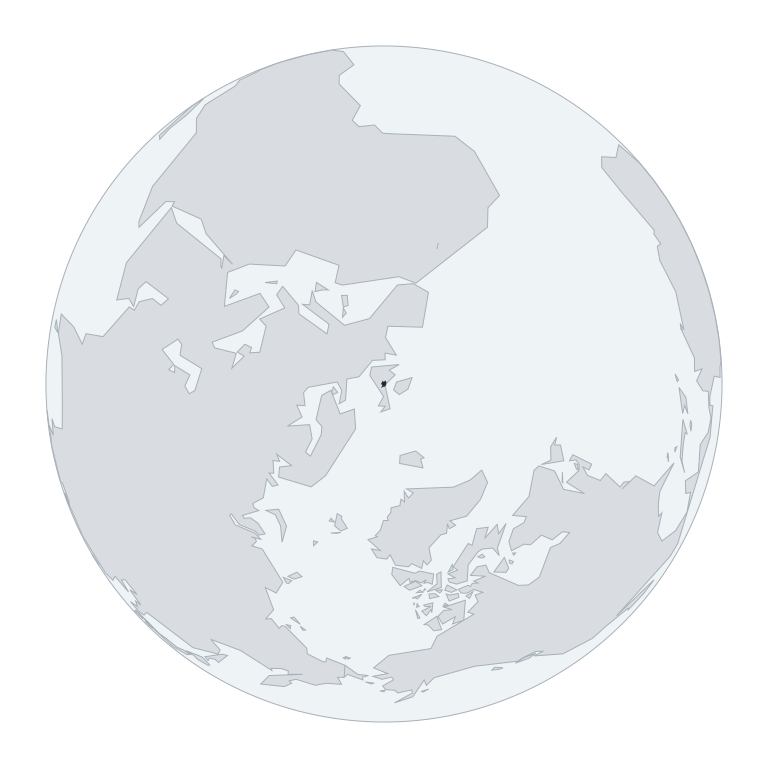 Lancashire highlighted on a globe, orthographic projection, rotated 189°
{"feature_id": "GBR-2123", "entity_name": "Lancashire", "entity_type": "Administrative County", "adm_level": 1, "iso_a3": "GBR", "parent_name": "United Kingdom", "parent_adm1": "", "projection": "orthographic", "projection_center": [-2.621, 53.865], "detail": "fine", "context": "on_globe", "style": "filled", "palette": "slate", "viewbox_px": 768, "rotation_deg": 189, "n_neighbors": 0, "source": "natural_earth", "source_scale": "10m", "svg_char_len": 11399}
<svg xmlns="http://www.w3.org/2000/svg" viewBox="0 0 768 768"><g transform="rotate(189 384 384)"><circle cx="384" cy="384" r="338" fill="#eef3f6" stroke="#a8b0b8"/><path d="M60.1,480.4L54.6,458.8L54.9,453.9L53.1,443.0L59.1,443.4L60.2,422.5L58.8,414.0L55.8,414.0L53.6,382.2L56.5,361.9L68.9,272.5L74.3,258.9L80.9,248.5L118.0,191.5L86.6,233.0L94.8,217.6L107.5,199.1L107.9,200.7L126.6,179.8L138.4,165.4L165.0,145.5L193.1,138.9L184.7,145.2L192.4,143.5L203.4,135.7L208.8,131.1L250.3,119.4L288.5,101.8L295.0,92.9L298.0,98.0L306.6,79.6L323.8,70.7L307.7,83.1L308.7,86.3L322.0,81.0L325.9,83.3L334.6,82.3L338.0,85.6L328.4,93.3L330.4,95.8L339.8,92.0L349.1,93.6L335.1,98.6L349.9,102.0L336.6,116.8L296.3,130.0L292.1,143.2L259.2,170.7L265.5,171.8L257.0,183.8L261.1,189.7L253.8,193.7L263.3,195.1L269.2,190.4L275.3,189.6L278.3,192.9L269.5,198.3L266.8,197.5L265.7,200.8L260.1,202.2L264.5,203.4L253.6,210.0L268.7,208.5L263.5,218.0L255.1,221.1L250.5,214.1L219.7,206.1L209.8,208.2L200.4,217.6L194.0,248.5L185.3,254.0L177.5,266.3L184.7,266.0L193.4,256.4L204.9,259.4L214.2,248.0L220.3,247.8L232.0,239.3L236.0,248.0L233.5,261.3L224.0,269.0L222.6,275.3L236.4,274.3L223.2,295.6L222.3,322.2L218.3,327.3L201.9,324.8L190.1,308.0L168.9,307.2L188.4,315.5L177.9,329.1L178.6,334.9L182.6,339.1L188.8,337.1L186.4,343.7L166.3,337.3L168.1,331.2L174.5,333.1L168.8,325.6L155.2,322.5L150.9,330.2L134.8,319.2L131.5,324.8L126.2,325.9L132.4,317.5L120.9,332.7L101.3,325.6L85.2,351.5L94.7,321.2L94.3,308.7L92.2,296.3L89.4,300.3L90.6,280.2L85.0,272.3L73.0,284.8L64.7,304.9L64.3,325.0L68.8,323.0L71.2,335.5L59.7,346.3L62.2,373.7L56.3,386.7L55.7,401.6L59.4,411.5L62.5,427.5L68.1,427.2L75.7,436.0L72.3,448.8L79.2,444.9L81.5,458.4L98.6,484.0L96.4,484.9L110.3,520.8L130.8,549.0L135.6,562.8L132.6,565.6L140.9,574.4L141.1,578.0L179.2,610.6L202.7,631.8L204.6,642.5L190.3,644.0L189.6,657.0L167.1,642.8L168.5,644.3L149.9,627.7L132.6,609.8L116.6,590.6L102.1,570.4L89.2,549.1L77.8,526.9L68.1,504.0L60.1,480.4ZM80.0,358.0L83.3,395.9L76.8,382.2L78.9,383.0L79.0,371.6L77.7,354.6L73.2,343.4L80.0,358.0ZM91.8,357.2L90.9,351.6L92.4,356.1L91.8,357.2ZM210.5,128.8L203.2,135.4L191.9,141.9L197.5,136.1L210.5,128.8ZM232.7,118.3L230.4,121.6L222.0,122.3L225.9,120.1L232.7,118.3ZM298.8,86.3L292.1,89.7L297.3,85.8L298.8,86.3ZM335.2,81.5L335.9,80.0L340.1,80.2L335.2,81.5ZM229.1,235.2L230.5,237.2L227.5,237.7L229.1,235.2ZM232.8,229.8L228.4,228.9L229.5,226.3L232.2,226.8L232.8,229.8ZM349.2,85.7L355.8,86.8L347.4,87.0L349.2,85.7ZM238.0,231.5L232.0,221.6L234.1,217.0L246.1,215.5L238.0,231.5ZM358.5,88.4L374.6,91.5L377.5,88.1L378.5,100.1L364.5,93.1L353.7,93.6L359.4,91.1L358.5,88.4ZM269.8,187.5L263.7,192.7L266.0,185.5L269.8,187.5ZM269.8,183.2L268.3,163.3L278.8,157.7L277.2,165.3L288.6,156.1L294.4,163.0L289.5,169.7L281.5,171.8L289.8,173.0L269.8,183.2ZM376.4,106.6L378.9,108.7L374.5,108.0L376.4,106.6ZM277.9,188.7L276.7,185.0L285.7,179.8L289.8,186.3L285.6,185.9L277.9,188.7ZM288.7,150.4L296.1,148.0L302.9,152.9L306.7,152.7L295.5,162.8L288.7,150.4ZM285.0,188.7L291.7,189.9L290.1,195.4L279.8,192.0L285.0,188.7ZM286.3,175.8L290.8,173.8L289.6,177.0L286.3,175.8ZM288.3,216.3L286.6,211.6L291.1,208.4L288.3,216.3ZM294.3,189.9L294.8,188.1L296.4,186.4L300.3,188.3L294.3,189.9ZM301.0,165.7L302.3,168.4L305.9,161.8L311.2,165.5L302.7,171.7L308.5,170.6L310.2,171.8L301.5,175.6L301.0,165.7ZM309.1,185.4L300.2,195.0L302.3,204.3L298.3,207.3L295.6,191.9L309.1,185.4ZM305.4,179.2L306.8,183.6L301.1,184.9L296.6,182.7L305.4,179.2ZM317.7,166.0L311.9,158.6L313.9,157.6L317.7,166.0ZM310.8,187.7L312.9,185.4L311.6,188.2L310.8,187.7ZM316.9,172.3L314.5,169.7L316.9,168.6L316.9,172.3ZM319.1,183.0L316.2,186.0L313.1,184.5L319.1,183.0ZM319.0,177.8L322.8,176.9L313.7,182.1L317.6,176.9L319.0,177.8ZM319.5,171.6L320.2,170.1L320.2,172.9L319.5,171.6ZM332.6,187.2L321.9,194.2L315.0,190.7L326.4,184.3L332.6,187.2ZM702.9,272.1L704.6,279.3L710.4,296.7L710.3,296.1L712.6,305.1L708.7,291.7L702.6,281.6L706.5,297.8L702.6,290.4L694.8,289.2L698.4,312.8L706.5,361.6L713.6,383.3L713.7,402.6L699.4,391.9L688.3,376.1L686.1,387.1L668.9,386.8L647.7,420.3L642.1,417.8L638.6,427.0L626.1,432.2L616.6,426.8L610.2,434.5L635.0,447.9L641.6,439.6L643.4,421.4L649.4,428.6L661.1,425.2L657.4,463.5L621.6,525.0L613.9,510.4L564.5,482.0L563.6,474.8L563.2,474.2L562.4,473.2L562.2,485.8L552.3,478.6L583.2,504.6L590.3,518.2L621.2,526.6L619.3,531.3L628.0,530.1L650.5,500.4L651.5,506.1L643.5,543.0L608.6,602.9L610.8,617.0L604.2,631.9L577.2,655.4L574.2,661.5L559.5,671.4L555.0,675.1L540.2,683.7L534.4,686.6L511.4,697.0L487.8,705.6L484.2,706.7L486.3,705.7L476.1,706.0L463.7,694.6L476.5,681.8L475.3,673.3L450.9,655.3L456.6,639.5L449.0,634.3L433.9,638.3L424.6,631.5L415.1,632.4L352.6,639.8L331.0,627.8L299.4,588.3L308.9,574.3L306.3,555.1L368.2,488.6L386.2,492.3L440.5,475.2L448.1,476.4L447.0,494.2L491.9,502.6L500.2,485.1L535.7,481.4L555.9,469.8L553.8,435.7L520.6,454.1L509.6,442.0L532.0,414.4L560.3,398.4L556.9,393.2L534.7,391.2L536.7,375.8L526.5,389.5L533.9,392.6L527.7,401.5L520.5,399.3L521.5,393.8L511.7,395.9L509.5,422.7L516.9,428.7L494.0,443.6L504.0,455.4L499.4,464.6L480.7,448.3L479.1,440.0L448.1,424.6L447.7,434.5L477.0,450.0L469.8,450.5L469.5,465.1L464.1,454.4L432.2,435.8L408.6,446.3L386.2,483.9L370.8,487.7L354.4,481.5L354.9,446.1L389.2,441.7L389.8,430.1L376.3,414.4L387.9,414.7L386.6,408.1L399.0,405.6L409.9,387.2L421.4,383.1L419.5,362.1L425.2,357.4L424.7,371.0L430.6,378.7L458.5,368.8L462.1,362.8L458.6,350.2L466.8,349.5L459.8,338.5L472.8,327.3L451.1,332.2L446.4,318.5L450.8,304.6L445.4,301.2L438.1,323.9L438.7,332.3L445.5,338.0L443.8,362.9L435.5,369.5L422.6,347.5L409.4,354.7L405.0,335.2L427.3,284.4L439.8,271.0L473.5,275.6L474.2,285.7L462.4,288.9L479.0,297.8L474.9,291.3L481.7,291.1L478.9,278.7L483.5,278.0L472.9,267.7L478.3,265.4L485.0,272.0L485.4,252.7L495.0,245.4L492.9,241.5L487.9,239.4L503.3,232.0L501.1,229.5L495.1,230.9L486.8,226.9L478.0,217.3L483.9,215.2L487.8,218.4L504.8,222.5L514.4,231.9L515.9,230.2L508.9,221.6L488.2,216.5L481.3,211.3L491.2,212.3L487.0,211.5L485.4,208.3L489.3,203.5L478.5,202.0L452.9,172.3L457.8,160.7L469.4,164.4L457.7,143.7L464.1,133.5L458.6,134.6L449.3,126.3L447.2,129.3L443.8,129.2L418.9,110.9L417.6,105.5L400.7,100.1L397.8,100.8L397.9,104.4L378.5,100.1L377.5,88.1L383.9,87.0L378.9,80.8L394.4,79.3L404.8,75.7L424.6,78.6L431.1,76.1L428.4,74.0L435.2,69.5L458.8,68.4L451.8,78.1L418.8,84.5L433.3,82.3L433.6,85.7L441.0,86.9L450.9,85.5L449.9,83.5L484.2,98.4L515.2,104.7L504.3,95.7L505.6,91.3L531.4,93.7L582.6,121.3L584.9,118.2L590.4,120.9L600.4,129.4L592.6,125.6L595.4,130.8L589.5,127.7L602.9,141.1L594.9,137.4L609.2,150.2L612.7,149.5L603.8,138.6L619.6,152.1L620.9,147.7L629.9,154.2L657.8,186.7L672.7,210.4L675.5,214.5L676.8,218.8L685.6,235.1L688.5,237.6L702.9,272.1ZM352.8,525.6L352.5,531.8L352.8,525.6ZM594.5,396.1L608.6,383.4L594.7,370.4L598.9,364.6L592.6,362.5L593.6,369.5L577.1,362.6L580.4,350.8L574.8,343.9L569.8,347.9L566.4,370.7L590.0,380.5L590.0,391.5L594.5,396.1ZM99.3,484.7L100.9,490.1L97.8,486.2L99.3,484.7ZM73.5,385.3L75.4,391.3L75.5,396.2L73.7,392.5L73.5,385.3ZM94.8,432.2L98.1,439.5L93.7,434.1L94.8,432.2ZM84.4,401.5L92.1,426.8L83.7,417.9L79.2,402.0L83.7,409.9L84.4,401.5ZM86.1,362.1L86.7,366.6L84.9,367.9L86.1,362.1ZM93.0,360.5L92.4,359.3L93.0,355.6L93.0,360.5ZM179.1,329.5L180.7,330.2L183.6,335.3L180.1,334.9L179.1,329.5ZM209.6,348.1L205.2,358.4L205.9,350.4L200.1,351.4L194.4,336.3L215.9,329.1L207.2,334.9L209.6,348.1ZM192.8,315.1L194.0,324.9L191.9,314.5L192.8,315.1ZM367.3,375.9L373.6,379.7L371.9,387.9L357.3,394.7L359.5,382.7L367.3,375.9ZM382.9,383.3L374.1,360.5L382.8,355.9L379.4,362.2L386.1,361.5L382.4,371.6L399.3,390.2L399.0,398.8L372.1,405.6L381.1,398.4L374.4,394.9L382.9,383.3ZM336.1,315.7L332.4,307.2L356.2,308.0L356.9,315.9L342.3,322.7L332.9,317.4L336.1,315.7ZM260.3,231.3L257.4,229.1L259.8,227.4L264.3,227.9L260.3,231.3ZM287.1,214.4L275.8,239.7L271.8,238.3L269.9,255.6L258.7,258.8L260.3,247.3L250.3,263.1L247.3,254.1L241.6,265.4L246.4,239.5L243.3,232.5L251.0,239.0L261.4,236.2L264.9,232.9L272.6,218.4L271.0,202.6L281.0,197.7L288.5,198.6L290.4,201.6L283.3,203.7L291.0,206.4L282.2,211.7L287.1,214.4ZM370.6,219.2L361.6,218.9L375.5,227.8L366.7,232.1L368.9,232.8L364.6,239.4L363.2,249.0L358.5,249.8L360.0,253.2L357.2,257.9L357.6,262.9L349.3,266.3L349.2,272.9L345.3,270.8L347.3,281.3L342.1,275.2L338.0,281.0L345.2,283.9L299.2,293.0L283.9,302.6L274.0,314.3L266.3,302.9L270.7,285.0L281.7,266.4L297.5,259.2L291.1,255.7L296.8,251.3L299.5,255.9L298.8,246.3L304.2,244.0L314.0,229.3L309.7,217.5L313.2,212.0L317.5,215.6L317.9,207.8L328.5,210.9L331.3,207.2L344.4,206.9L351.3,216.3L353.8,211.5L363.9,211.4L370.6,219.2ZM336.4,187.4L346.5,197.0L346.7,204.3L323.7,201.9L319.8,204.8L305.1,204.1L305.1,193.7L309.3,194.8L313.4,193.5L311.7,197.3L316.1,193.3L322.1,194.8L327.1,192.2L329.0,195.9L336.4,187.4ZM453.7,468.2L459.0,467.5L466.6,464.4L466.6,473.8L453.7,468.2ZM431.7,455.9L436.1,453.7L439.8,464.8L434.2,465.8L431.7,455.9ZM435.4,443.3L436.1,452.7L432.4,448.2L435.4,443.3ZM428.4,368.4L432.7,365.6L434.4,368.2L433.5,373.3L428.4,368.4ZM410.0,248.6L404.8,246.7L405.3,244.6L397.7,235.7L403.6,232.1L410.5,236.1L410.0,248.6ZM550.0,444.4L546.0,453.6L542.1,452.6L544.2,449.6L550.0,444.4ZM505.7,466.3L517.3,465.6L505.5,468.9L505.7,466.3ZM415.2,243.2L411.4,239.9L416.7,240.2L415.2,243.2ZM407.5,229.1L413.2,228.5L403.4,230.7L407.5,229.1ZM644.7,594.5L617.7,628.0L606.8,637.9L608.8,634.9L621.6,618.1L635.7,602.8L643.8,590.6L644.7,594.5ZM714.3,383.8L718.1,388.6L717.6,396.5L714.3,383.8ZM678.8,219.3L682.6,226.8L681.1,224.6L675.3,213.8L678.8,219.3ZM636.9,160.5L642.9,166.9L645.7,170.2L644.6,169.1L636.9,160.5ZM459.9,211.8L464.0,227.8L470.8,237.8L480.8,240.7L468.5,243.9L458.0,228.4L459.9,211.8ZM453.2,177.2L444.4,175.4L446.9,172.1L449.2,172.1L453.2,177.2ZM448.8,179.0L440.6,184.5L434.8,180.9L442.5,177.2L448.8,179.0ZM428.3,213.2L429.0,218.1L424.7,217.6L428.3,213.2ZM582.8,112.2L580.1,111.0L573.8,106.3L577.5,108.3L582.8,112.2ZM550.8,91.4L571.2,104.7L587.1,116.6L585.4,114.5L594.7,120.9L593.8,121.9L577.9,110.6L567.0,102.4L559.1,98.5L547.3,91.6L540.3,89.9L533.1,86.6L536.1,85.9L550.8,91.4ZM537.6,89.6L521.1,86.0L512.2,79.3L513.8,78.6L525.1,82.9L529.2,86.1L537.6,89.6ZM514.5,83.3L518.2,86.6L501.8,91.8L496.1,91.4L503.9,83.0L507.9,85.7L513.5,85.9L514.5,83.3ZM381.4,107.1L379.1,108.6L378.9,106.3L381.4,107.1ZM442.9,131.1L438.3,130.7L438.3,127.7L442.9,131.1ZM425.6,128.1L428.9,131.7L423.0,128.7L425.6,128.1ZM436.6,139.8L429.0,133.5L439.7,138.4L436.6,139.8Z" fill="#d9dde1" stroke="#a8b0b8" stroke-width="1"/><path d="M382.9,384.9L383.0,384.8L382.7,384.8L382.6,384.7L382.8,384.3L382.9,384.1L382.8,383.8L382.6,383.6L382.9,383.5L383.0,383.5L383.1,383.4L383.3,383.2L383.2,383.2L383.0,382.9L383.2,382.7L383.3,382.7L383.3,382.4L383.3,382.2L383.6,382.1L383.8,382.3L383.9,382.2L384.0,382.0L384.3,382.0L384.6,381.8L384.4,382.2L384.4,382.3L384.2,382.4L384.3,382.5L384.5,382.7L384.6,382.8L384.6,383.0L384.8,382.9L384.9,383.0L385.0,383.1L384.9,383.2L385.0,383.3L385.4,383.3L385.5,383.4L385.5,383.5L385.8,383.7L385.8,383.9L385.9,384.0L386.0,384.1L385.8,384.3L385.7,384.4L385.7,384.6L385.6,384.8L385.6,385.0L385.4,385.1L385.3,385.3L385.3,385.5L385.2,385.4L385.2,385.2L384.9,385.2L384.8,384.9L384.8,384.7L384.7,384.6L384.4,384.6L384.3,384.9L384.3,385.0L384.4,385.3L384.2,385.6L383.8,385.5L383.7,385.7L383.8,385.8L383.7,385.9L383.7,386.0L383.4,386.1L383.2,386.1L382.8,385.9L382.8,386.1L382.6,385.9L382.6,385.7L382.7,385.4L382.8,385.4L382.9,385.2L382.9,384.9L382.9,384.9Z" fill="#64748b" stroke="#1e293b" stroke-width="1.5"/></g></svg>